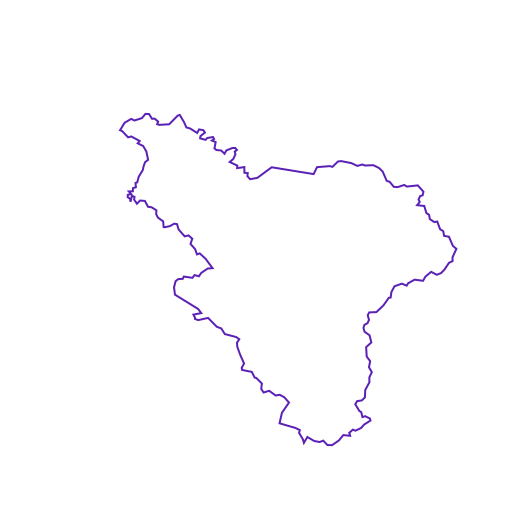 Jayuya, Puerto Rico (Mercator projection), rotated 299°
{"feature_id": "32010507B17453471751527", "entity_name": "Jayuya", "entity_type": "district", "adm_level": 2, "iso_a3": "PRI", "parent_name": "Puerto Rico", "parent_adm1": "", "projection": "mercator", "projection_center": [-66.589, 18.225], "detail": "fine", "context": "isolated", "style": "outline", "palette": "violet", "viewbox_px": 512, "rotation_deg": 299, "n_neighbors": 0, "source": "geoboundaries", "source_scale": "gbopen_adm2", "svg_char_len": 3152}
<svg xmlns="http://www.w3.org/2000/svg" viewBox="0 0 512 512"><g transform="rotate(299 256 256)"><path d="M315.4,80.4L308.9,76.5L300.1,76.1L300.3,78.5L297.8,86.6L300.1,89.0L300.2,98.5L297.2,97.9L297.5,104.0L294.3,109.4L287.8,115.0L284.2,113.5L280.0,114.2L276.3,115.3L268.5,115.0L262.8,116.4L261.5,115.2L257.9,117.6L255.7,115.5L252.9,116.9L250.8,113.5L249.6,116.8L247.4,114.2L245.2,115.3L245.1,118.0L242.6,120.0L248.4,118.3L248.8,121.1L246.3,122.0L244.0,126.5L248.3,127.7L250.3,132.1L246.7,137.7L248.0,141.0L247.7,146.7L244.1,148.5L242.0,151.7L241.3,158.0L236.5,161.2L236.9,162.2L240.4,166.2L244.6,168.8L245.6,171.5L241.7,175.4L238.6,184.1L241.3,187.0L240.2,191.9L234.8,192.9L232.5,199.4L228.8,203.6L231.0,205.5L229.1,213.3L224.3,223.9L221.6,219.8L214.6,216.3L210.6,215.9L209.5,211.5L206.1,211.0L203.0,202.8L200.5,203.0L198.0,199.1L195.0,197.9L188.8,199.5L182.9,203.9L181.6,231.1L179.5,235.8L174.4,229.7L172.5,232.5L171.4,233.2L171.9,236.5L178.6,244.1L175.1,256.1L175.8,260.8L172.6,266.6L175.5,277.9L175.1,281.7L170.9,281.4L167.5,283.7L162.3,289.6L156.2,297.7L151.3,297.7L149.6,299.1L152.6,308.5L149.0,313.8L149.5,315.3L147.3,323.0L142.3,325.0L140.3,328.8L144.5,332.9L143.5,340.8L146.1,344.0L146.2,349.2L143.8,355.9L131.4,354.7L121.1,357.7L122.8,365.4L124.7,373.6L125.0,378.7L122.2,379.4L118.4,385.9L115.8,388.5L122.6,388.7L122.4,396.6L124.2,401.9L127.1,404.3L125.3,410.1L127.4,414.2L134.8,417.9L141.7,419.2L144.4,425.5L146.6,423.3L151.1,424.9L151.4,427.6L156.5,431.3L161.0,432.3L167.6,435.9L169.1,434.4L168.8,429.1L166.7,427.2L170.4,423.8L170.6,421.4L174.5,414.7L178.1,414.8L181.0,418.6L185.1,419.8L191.8,416.5L200.6,416.4L204.7,414.0L210.6,413.6L213.4,408.8L219.4,406.8L221.7,401.6L229.7,396.5L236.3,398.8L241.7,393.7L242.4,387.7L245.1,384.9L248.3,384.2L251.3,386.1L254.9,385.8L258.1,382.7L258.5,382.4L261.6,382.4L265.3,388.5L274.6,391.4L283.8,392.4L284.9,393.9L290.1,391.9L296.7,391.8L302.5,397.0L303.1,402.1L306.0,402.3L312.2,406.2L315.3,414.1L320.2,414.2L327.1,416.9L327.2,423.2L330.7,426.1L335.4,427.4L343.6,428.1L346.8,430.4L350.2,428.5L359.4,427.8L360.3,423.3L366.4,415.4L364.8,410.8L368.5,407.7L368.7,404.0L374.0,397.8L372.1,395.5L372.6,390.1L376.0,387.3L376.1,384.3L381.3,378.9L378.6,372.3L382.7,373.0L384.2,370.8L387.9,370.5L389.9,372.3L393.4,371.3L396.2,363.3L389.9,354.3L390.0,351.2L384.9,346.5L383.3,343.0L385.7,336.9L385.1,333.9L391.3,325.8L392.6,320.9L392.3,314.6L387.9,307.3L387.6,304.7L383.9,300.9L383.5,294.5L380.3,284.5L378.4,281.9L371.0,279.6L370.4,277.0L363.3,266.3L355.6,266.7L347.1,243.1L341.2,226.7L325.0,219.3L320.3,213.6L321.7,209.7L324.5,208.6L323.2,205.5L328.1,202.7L323.7,196.9L326.0,195.8L325.5,187.4L329.8,189.1L335.0,188.7L337.0,186.8L339.5,187.9L340.4,185.4L339.0,183.0L334.0,178.9L330.2,178.9L331.4,174.4L329.5,170.0L330.0,167.5L336.1,165.5L335.6,161.5L338.1,162.6L339.2,160.7L335.6,156.2L333.1,155.5L331.8,150.1L334.0,149.3L339.2,151.5L340.5,149.0L339.1,144.8L335.1,144.9L335.6,136.5L334.7,132.8L338.3,128.0L342.4,120.9L340.9,119.5L329.1,116.2L323.8,107.8L323.4,105.6L326.1,105.3L327.0,100.8L325.6,98.6L328.3,93.6L326.7,90.4L321.3,89.4L315.6,84.0L315.4,80.4Z" fill="none" stroke="#5b21b6" stroke-width="2"/></g></svg>